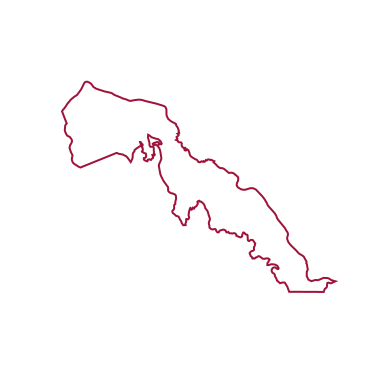 the district of Anori, Amazonas, Brazil, rotated 248°
{"feature_id": "56859067B80375941692856", "entity_name": "Anori", "entity_type": "district", "adm_level": 2, "iso_a3": "BRA", "parent_name": "Brazil", "parent_adm1": "Amazonas", "projection": "albers", "projection_center": [-62.184, -4.211], "detail": "fine", "context": "isolated", "style": "outline", "palette": "rose", "viewbox_px": 384, "rotation_deg": 248, "n_neighbors": 0, "source": "geoboundaries", "source_scale": "gbopen_adm2", "svg_char_len": 6079}
<svg xmlns="http://www.w3.org/2000/svg" viewBox="0 0 384 384"><g transform="rotate(248 192 192)"><path d="M256.5,97.7L256.5,136.5L256.3,137.1L254.9,138.3L252.8,141.7L249.9,144.3L248.0,145.1L242.7,146.4L245.2,149.2L246.1,149.8L249.4,151.3L250.5,152.3L251.2,153.8L252.4,154.4L253.2,157.2L254.1,161.8L254.4,162.3L257.8,162.6L257.6,163.1L255.4,163.5L254.8,164.0L254.3,164.0L253.6,163.6L253.2,163.1L253.2,162.5L252.6,162.3L251.2,162.7L250.7,162.4L250.1,162.5L249.3,161.9L248.6,161.7L248.4,160.8L247.8,160.8L246.4,161.9L244.9,163.6L244.2,163.3L242.8,163.2L241.5,162.2L241.3,161.6L241.5,160.1L240.3,159.6L239.4,159.8L237.7,161.3L237.2,161.9L237.4,162.5L238.5,163.1L238.2,164.9L237.3,165.7L237.1,166.2L237.9,167.2L238.1,168.5L238.5,168.9L241.2,169.1L241.1,169.8L240.5,170.2L240.0,170.3L240.0,170.9L240.7,171.5L241.5,171.4L242.0,171.0L243.4,171.8L244.5,172.0L247.4,173.1L248.4,172.8L248.9,172.3L249.4,170.4L250.9,170.1L251.7,170.2L253.3,170.9L254.4,171.1L259.0,171.6L261.5,172.8L260.3,173.8L257.9,175.0L254.8,178.7L253.9,180.1L252.9,180.9L250.7,181.9L248.3,182.0L247.8,181.5L248.4,179.9L248.3,179.2L248.7,178.9L249.8,179.7L250.6,179.6L251.1,179.0L251.5,177.8L251.7,174.9L251.6,174.2L251.3,173.6L249.9,173.9L249.5,174.3L249.6,175.3L249.4,176.1L248.6,176.8L247.7,177.3L245.0,178.1L241.9,177.9L234.6,176.2L233.5,175.4L230.0,171.8L228.6,171.0L220.3,169.3L218.2,169.3L213.1,169.7L206.9,171.2L205.9,171.6L204.4,171.3L202.9,170.6L202.0,170.4L201.1,170.5L199.0,171.8L198.5,172.3L198.0,173.5L196.0,175.3L194.7,175.7L191.6,174.7L189.4,173.0L187.1,172.0L186.8,170.9L186.4,170.5L183.3,169.2L182.3,168.1L182.2,167.3L181.7,166.6L181.0,166.3L179.6,166.4L176.9,167.9L176.1,168.1L174.5,170.1L173.3,170.5L171.2,170.5L169.7,170.9L167.0,170.9L164.5,171.4L163.7,173.7L165.0,174.0L166.9,175.6L168.9,176.4L169.0,176.9L168.1,178.1L168.3,178.7L168.7,179.1L169.6,179.9L171.8,180.1L174.7,181.8L177.7,184.1L177.8,184.7L177.3,184.9L176.0,184.4L175.7,185.0L176.2,186.4L177.0,187.0L175.9,187.8L177.0,189.0L177.1,190.7L178.9,192.9L179.6,193.4L180.7,193.2L181.1,193.7L181.2,194.2L181.1,195.6L179.9,195.9L179.6,196.9L176.8,198.3L175.1,198.6L171.7,198.3L169.0,199.2L167.4,199.2L164.0,198.8L160.8,198.7L159.2,197.9L158.0,196.6L157.0,196.0L156.1,195.7L154.2,195.5L152.5,194.9L151.9,195.0L150.2,196.1L149.8,196.6L149.4,197.7L149.1,199.4L148.8,199.8L148.2,200.0L146.4,200.0L145.4,200.3L144.9,200.7L144.6,201.6L145.5,202.7L145.8,203.4L145.5,206.6L145.2,207.4L143.5,208.8L142.7,208.7L141.6,208.9L141.2,210.3L141.3,210.8L139.9,211.1L139.5,211.6L138.8,213.4L138.4,213.7L138.2,215.2L138.0,215.8L137.5,216.2L137.2,216.7L136.4,217.0L135.4,217.1L134.8,216.7L132.0,219.6L131.7,220.3L131.9,221.2L132.2,221.9L133.3,222.4L135.2,224.2L135.1,224.8L134.5,225.3L133.0,225.7L132.3,226.2L131.8,227.1L131.2,227.3L130.5,227.1L127.0,225.9L126.3,225.8L125.5,226.1L125.1,226.6L125.2,227.3L125.5,227.9L125.5,228.8L125.0,229.9L124.5,230.4L122.2,231.0L121.4,231.0L120.7,231.4L118.6,230.0L117.3,228.5L115.3,227.9L114.9,227.5L114.7,227.0L114.8,225.2L114.7,224.2L113.7,222.5L112.2,222.4L111.5,222.6L110.7,222.4L110.2,222.6L109.8,223.0L109.0,223.2L107.7,223.1L107.4,223.7L107.5,224.4L107.0,224.8L106.9,225.4L107.4,226.7L107.2,227.2L107.6,229.7L107.2,230.4L103.8,232.5L102.9,233.9L102.7,235.8L101.8,237.8L100.5,238.7L99.9,238.3L99.3,237.2L98.8,236.9L97.7,235.2L96.0,234.5L95.5,235.8L95.3,238.4L95.1,239.1L93.6,241.8L91.6,243.5L89.1,243.8L88.6,243.6L88.3,243.1L88.4,242.6L88.8,242.2L90.9,240.9L91.2,240.2L91.4,238.7L91.1,238.0L90.7,237.7L90.4,237.0L89.4,236.4L88.0,236.2L86.8,236.5L85.7,237.4L84.5,237.8L83.0,237.4L79.7,237.8L78.1,237.6L74.4,239.5L74.1,242.4L73.2,244.1L68.3,244.9L63.1,244.7L50.0,276.7L52.4,278.8L53.0,280.9L53.5,281.5L57.0,283.4L56.9,284.5L55.6,286.0L55.3,286.8L55.5,291.5L58.0,288.3L61.0,286.1L61.6,285.1L63.1,281.8L63.0,277.3L63.1,275.6L64.2,273.5L64.6,269.3L67.1,267.1L71.0,266.9L75.0,268.5L76.7,270.3L82.3,271.5L83.3,271.3L84.3,272.1L90.3,271.4L92.8,269.8L93.7,268.9L94.8,268.2L96.7,267.4L98.0,267.0L105.8,263.6L109.2,262.6L112.5,262.6L113.8,263.0L116.8,265.2L118.7,265.5L120.8,265.0L123.9,264.6L134.1,261.4L135.6,261.1L138.8,261.2L141.8,260.6L151.0,257.3L153.8,257.2L158.5,256.5L161.9,255.5L170.3,252.2L172.5,250.2L173.3,248.6L173.7,247.3L174.1,242.6L174.5,241.1L175.5,239.4L176.3,238.4L178.9,236.4L180.3,236.0L182.0,236.1L183.5,237.1L185.3,239.0L186.9,239.8L188.3,240.3L189.9,239.7L191.7,238.6L192.9,238.2L194.0,237.3L194.6,236.7L195.3,235.4L195.8,233.4L201.7,230.2L202.8,228.9L203.7,227.1L204.4,226.5L205.9,225.5L208.9,224.4L211.5,223.1L212.2,224.2L213.7,222.6L214.4,222.3L214.7,221.8L214.8,221.0L215.7,220.2L216.0,219.5L216.2,218.8L215.7,217.7L215.8,217.2L216.4,216.9L215.4,215.5L215.3,214.8L215.7,214.0L216.3,214.1L216.2,212.9L216.4,212.5L216.8,212.3L216.8,211.0L216.6,210.5L217.3,209.2L219.1,208.9L220.1,208.5L221.3,207.2L225.0,204.5L226.5,204.0L228.1,204.0L229.3,204.3L232.1,204.3L233.3,203.6L233.4,202.9L232.8,202.4L232.8,201.7L233.3,201.0L233.9,200.8L235.1,202.4L235.6,202.2L235.7,200.9L237.3,200.0L238.5,199.8L239.3,199.9L240.6,200.7L241.9,200.6L243.2,198.3L243.6,198.1L245.3,197.9L245.6,197.2L246.2,196.7L246.5,198.0L246.9,198.4L248.0,198.2L248.8,198.3L249.2,199.9L249.6,200.8L250.4,201.1L251.4,200.5L251.3,202.1L251.9,202.3L252.7,202.1L253.4,202.3L253.6,202.7L256.8,202.9L259.7,202.3L261.1,202.6L265.6,198.9L268.8,197.3L271.7,197.1L273.2,197.3L278.1,199.2L279.0,199.3L280.5,199.2L281.3,198.9L282.5,197.9L287.3,192.0L293.2,183.7L296.4,179.6L297.5,177.5L298.6,173.6L299.4,169.5L300.2,167.9L302.3,165.9L305.1,162.3L306.1,161.6L311.2,156.3L313.4,154.9L314.5,153.7L318.1,148.5L323.6,141.9L326.4,139.9L328.9,139.4L330.4,138.9L331.4,138.2L333.2,136.6L333.7,135.8L334.0,134.3L333.2,132.7L328.7,127.7L325.0,121.7L324.5,118.9L323.1,114.4L320.6,109.7L318.3,106.4L316.9,104.1L316.5,103.0L315.4,101.7L302.4,101.5L301.9,100.3L301.0,99.3L297.0,97.2L295.6,97.0L292.5,97.1L291.0,97.4L288.7,99.4L285.7,100.1L284.4,99.9L283.2,99.2L282.1,98.0L281.3,96.8L280.3,95.9L278.8,95.0L277.1,94.8L273.8,94.7L270.8,95.0L268.1,93.2L266.9,92.7L265.1,92.5L263.4,92.7L262.0,93.5L258.1,96.2L256.5,97.7Z" fill="none" stroke="#9f1239" stroke-width="2"/></g></svg>